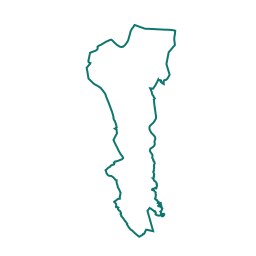 outline of Isidro Fabela, México, Mexico, rotated 101°
{"feature_id": "50627088B86808521330602", "entity_name": "Isidro Fabela", "entity_type": "district", "adm_level": 2, "iso_a3": "MEX", "parent_name": "Mexico", "parent_adm1": "México", "projection": "natural_earth1", "projection_center": [-99.413, 19.552], "detail": "fine", "context": "isolated", "style": "outline", "palette": "teal", "viewbox_px": 256, "rotation_deg": 101, "n_neighbors": 0, "source": "geoboundaries", "source_scale": "gbopen_adm2", "svg_char_len": 5753}
<svg xmlns="http://www.w3.org/2000/svg" viewBox="0 0 256 256"><g transform="rotate(101 128 128)"><path d="M229.0,92.4L228.8,92.0L224.3,90.8L224.5,83.6L205.6,93.1L202.6,91.6L202.9,91.3L202.6,90.5L203.9,88.0L204.1,87.6L204.1,87.4L204.9,86.2L204.5,85.8L204.9,85.4L205.1,85.2L205.4,84.8L205.9,84.5L206.3,84.5L206.6,84.4L206.8,84.5L207.0,84.6L207.3,84.6L207.4,84.4L207.8,83.9L207.9,83.6L207.9,83.1L208.1,82.7L208.2,82.3L208.2,81.3L208.0,81.0L207.9,80.2L207.5,79.4L207.4,79.1L207.7,78.5L208.0,78.1L208.2,77.6L208.1,77.3L208.0,77.1L207.8,77.2L207.5,76.7L207.0,76.1L206.8,76.0L205.8,75.9L205.3,76.4L205.4,76.7L205.5,76.9L205.6,77.0L205.9,77.3L206.0,77.5L205.9,78.3L205.7,78.7L205.6,78.8L205.5,79.1L205.6,79.3L204.5,79.4L203.9,80.3L203.1,79.6L202.5,79.3L200.4,78.9L199.9,79.4L200.2,79.7L199.4,80.6L199.4,79.9L197.8,80.5L198.2,81.5L199.1,81.3L198.9,83.4L198.7,83.5L198.1,83.1L197.3,82.3L196.4,81.3L195.5,81.5L195.7,81.9L196.5,83.0L195.6,82.9L195.9,84.3L194.7,83.9L193.7,85.8L193.1,86.0L192.9,87.3L192.5,87.8L192.0,88.1L191.6,87.9L191.3,87.7L191.0,87.6L190.8,87.6L190.3,87.8L189.9,87.9L188.6,87.7L188.3,87.8L188.1,87.9L187.7,88.3L187.4,88.4L186.9,88.5L186.3,88.4L185.9,88.6L185.7,88.8L185.1,89.9L184.3,90.7L184.1,91.3L184.3,92.3L184.1,92.6L183.9,92.7L183.6,92.4L183.0,92.2L182.8,91.9L182.8,91.0L181.6,89.9L181.5,89.6L181.9,89.1L182.0,88.9L181.9,88.8L181.5,88.6L180.4,88.7L179.8,88.6L179.4,88.4L179.1,88.4L178.1,89.1L177.8,89.1L177.5,88.9L177.3,89.0L176.9,89.4L176.5,89.6L175.5,90.6L174.5,92.5L173.6,93.1L173.4,93.1L173.1,93.5L173.1,93.4L172.2,93.4L171.8,93.5L171.4,93.3L171.1,93.6L170.4,93.5L170.2,93.3L169.9,93.5L169.4,93.6L169.2,93.5L168.8,93.6L168.4,93.4L167.6,94.0L166.2,94.9L165.9,94.9L165.7,94.7L165.1,94.4L163.2,94.8L162.8,94.7L161.9,94.7L160.6,95.3L160.3,95.1L159.7,95.2L159.2,95.4L157.5,95.0L156.6,95.5L156.2,95.9L155.9,95.9L155.8,96.0L155.8,96.4L155.2,96.7L154.8,97.1L154.5,97.0L154.1,97.4L153.2,97.9L152.7,98.6L152.3,98.5L150.5,98.7L150.1,98.8L149.4,99.1L147.8,100.9L146.3,102.1L145.8,102.1L144.6,102.2L144.0,102.0L143.5,101.5L141.8,99.8L141.4,99.5L140.9,99.1L140.6,99.1L140.3,98.9L139.4,98.7L139.0,98.6L138.1,98.8L137.8,98.9L136.9,99.3L136.6,99.4L135.4,99.4L133.9,99.1L133.1,99.2L131.8,99.7L131.4,100.0L130.1,101.5L128.3,104.2L127.1,105.2L125.4,106.5L124.5,106.8L123.1,107.1L122.4,107.0L121.7,106.8L119.1,105.0L118.7,104.6L117.1,103.7L115.7,103.1L114.9,102.9L113.5,102.4L112.2,102.5L111.3,102.7L107.6,104.0L106.7,104.3L99.7,106.7L97.6,107.3L96.9,107.5L96.3,107.7L95.3,108.1L93.9,107.3L92.9,108.5L91.5,109.4L90.7,110.4L89.0,111.3L88.0,111.6L84.8,113.8L84.6,110.8L83.2,110.3L81.2,109.4L79.2,108.8L77.4,108.2L74.6,107.5L75.3,107.0L75.0,106.2L75.2,105.9L75.0,105.6L75.4,105.3L75.2,104.6L75.9,104.5L76.2,104.1L76.7,104.3L77.1,103.7L77.8,101.9L78.0,101.3L77.6,101.4L77.0,101.6L76.2,101.8L75.0,101.8L74.5,101.7L74.1,101.4L73.8,100.6L73.4,99.8L72.9,99.3L71.8,98.7L71.3,98.5L70.9,98.3L70.1,98.0L68.4,97.5L67.7,97.4L67.4,97.5L67.0,97.7L57.9,102.5L45.9,102.5L37.6,97.8L35.6,98.4L33.0,99.3L32.1,99.5L30.4,99.8L26.5,99.9L23.5,100.2L23.4,102.9L23.5,103.5L23.6,105.1L23.6,105.8L23.8,106.4L24.2,109.3L24.6,111.5L25.0,114.6L25.3,116.6L25.8,120.2L26.7,126.6L27.0,128.3L27.3,130.4L25.6,141.2L26.3,141.5L27.0,141.7L27.8,142.0L30.1,143.2L32.6,143.9L33.5,144.0L33.9,144.0L35.2,144.0L36.6,144.1L38.8,144.4L40.6,144.4L42.4,144.7L44.8,145.6L46.6,146.5L47.1,146.7L49.0,148.2L49.1,148.6L49.6,149.4L49.7,149.7L49.8,151.1L49.6,152.0L48.7,154.3L48.3,155.1L47.0,157.2L44.9,160.3L44.6,160.9L44.5,161.2L44.6,161.5L45.1,162.6L47.5,166.0L48.4,167.0L51.9,170.9L52.9,172.5L54.1,173.4L54.3,173.4L54.8,173.2L55.2,173.1L55.8,173.0L56.3,173.1L56.9,173.3L57.3,173.6L58.3,174.6L58.6,175.1L60.6,178.3L60.9,178.9L61.4,179.6L65.7,179.6L68.8,179.7L70.4,179.5L70.7,179.4L71.0,179.1L71.3,177.9L71.4,177.3L72.1,177.4L76.8,180.1L79.9,178.8L87.0,176.2L90.9,170.3L91.6,168.6L92.3,166.3L92.9,164.7L93.9,162.5L94.0,162.2L94.5,161.8L96.0,159.8L97.4,158.4L98.4,157.2L100.0,156.1L100.4,156.0L101.2,155.5L101.9,155.1L107.1,151.7L115.6,146.5L116.5,146.1L118.0,145.2L120.6,144.2L121.3,144.1L121.6,144.0L122.1,143.6L122.6,143.4L123.4,142.6L123.7,142.2L125.9,140.9L127.7,140.0L128.3,139.7L129.0,139.5L129.6,139.2L130.6,140.3L131.1,140.8L131.7,138.9L132.4,138.8L133.5,138.4L135.3,137.8L142.4,140.0L145.1,138.2L148.1,135.9L148.7,135.3L151.5,133.3L152.8,132.2L154.2,131.0L155.3,130.0L156.8,128.2L158.4,127.0L159.2,127.5L159.8,127.9L160.6,129.1L161.1,130.0L161.9,131.2L162.5,132.2L163.3,133.9L163.3,134.3L164.7,135.2L165.2,134.6L166.3,134.7L166.5,134.8L166.8,135.3L167.0,136.0L167.2,136.3L167.5,136.8L168.1,137.5L168.6,137.9L169.5,138.3L169.9,138.6L170.6,139.7L172.9,141.2L173.5,141.9L173.7,142.0L174.3,141.6L174.9,141.3L175.6,140.9L176.0,140.7L176.8,140.0L177.6,139.4L177.9,139.0L178.4,138.0L178.5,137.3L178.3,135.5L178.4,135.1L178.6,134.5L179.0,133.6L179.2,133.1L181.6,130.0L181.5,129.2L183.7,128.8L185.3,128.0L186.1,127.4L187.5,126.9L188.1,126.8L189.6,125.3L191.9,123.7L192.2,123.6L192.8,123.0L193.5,123.0L194.0,122.8L195.3,122.9L197.1,122.9L199.0,122.5L199.3,123.3L199.3,124.1L201.7,126.2L202.4,126.9L202.6,127.2L203.0,127.5L203.3,127.4L203.8,126.3L204.2,125.9L204.8,125.3L205.1,125.1L206.5,124.7L207.3,124.7L207.7,124.8L208.0,124.5L207.7,123.9L207.6,123.4L208.0,122.2L208.6,122.4L208.9,122.5L209.6,122.3L209.9,122.1L210.4,121.4L210.8,120.6L210.9,120.1L211.2,119.8L211.4,119.8L212.4,118.9L212.7,118.7L213.3,118.5L213.8,118.9L214.0,118.9L214.9,117.9L215.2,117.8L215.3,117.9L215.7,117.8L216.0,117.6L216.2,117.3L216.6,116.6L217.0,116.3L217.1,116.0L217.6,115.3L218.4,114.7L219.6,113.4L219.9,112.8L220.2,112.8L222.1,110.5L222.9,110.6L225.8,107.8L226.0,107.4L227.3,106.0L227.5,105.0L227.8,104.4L230.0,101.1L232.6,96.3L230.1,93.3L229.1,93.0L229.0,92.7L229.0,92.4Z" fill="none" stroke="#0f766e" stroke-width="2"/></g></svg>